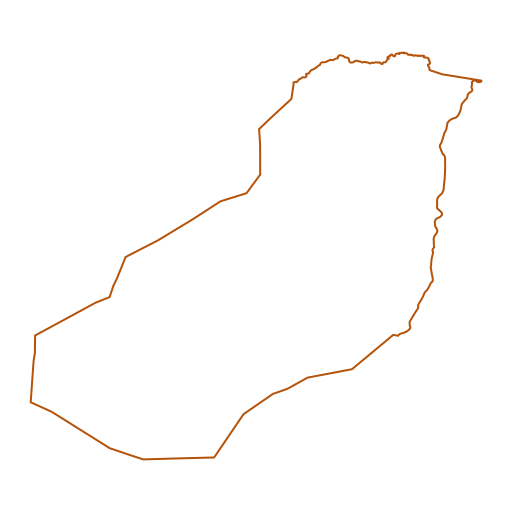 Gurvanzagal, Dornod, Mongolia (Robinson projection)
{"feature_id": "93677404B26424401044934", "entity_name": "Gurvanzagal", "entity_type": "district", "adm_level": 2, "iso_a3": "MNG", "parent_name": "Mongolia", "parent_adm1": "Dornod", "projection": "robinson", "projection_center": [115.314, 49.24], "detail": "fine", "context": "isolated", "style": "outline", "palette": "amber", "viewbox_px": 512, "rotation_deg": 0, "n_neighbors": 0, "source": "geoboundaries", "source_scale": "gbopen_adm2", "svg_char_len": 5730}
<svg xmlns="http://www.w3.org/2000/svg" viewBox="0 0 512 512"><path d="M481.3,80.6L442.2,74.3L429.9,70.2L429.5,69.7L429.3,69.0L429.3,68.4L429.3,67.8L429.2,67.4L428.2,66.2L428.3,65.7L428.1,65.3L428.0,65.0L428.0,64.8L428.2,64.6L429.2,64.2L429.8,63.5L429.9,63.1L430.0,62.2L429.8,61.9L429.3,61.3L429.1,60.9L429.1,60.5L429.1,60.0L428.6,59.6L428.6,59.4L428.5,58.4L428.4,58.2L427.3,57.7L426.3,57.6L425.2,57.5L424.9,57.5L423.8,57.3L423.7,57.2L423.7,56.9L424.0,56.6L424.1,56.0L424.0,55.9L423.5,55.7L422.7,55.7L422.2,55.7L421.7,55.8L420.8,55.8L420.4,56.0L420.0,56.0L419.6,55.7L419.4,55.6L418.9,55.6L418.7,55.6L417.9,56.0L417.4,55.9L417.2,55.8L416.9,55.6L416.6,55.4L416.1,55.3L415.8,55.4L414.7,55.4L414.2,55.5L413.9,55.8L413.6,55.7L413.3,55.5L413.0,55.5L412.2,55.0L411.7,54.8L411.3,55.1L411.0,55.1L410.4,54.7L409.4,54.6L408.8,54.9L408.3,54.9L407.6,54.2L407.4,53.9L406.8,53.4L406.5,53.3L406.1,53.2L405.4,53.3L405.0,53.3L404.9,53.1L404.2,52.6L403.7,52.6L403.4,53.1L403.0,53.0L402.3,52.8L402.0,52.7L401.7,52.7L401.3,53.0L400.7,53.0L399.9,52.9L399.5,52.9L399.4,53.0L399.4,53.4L399.4,53.7L399.4,53.8L399.1,54.0L398.8,54.0L398.4,53.5L398.2,53.5L397.6,53.4L397.0,53.6L395.9,54.0L395.7,54.2L395.3,54.8L395.0,55.4L395.1,55.6L395.0,55.9L394.9,56.2L394.7,56.3L394.1,56.3L392.7,55.6L392.6,55.1L392.5,54.9L392.4,54.8L392.0,54.6L391.4,54.5L391.1,54.6L390.9,54.9L390.4,55.5L390.2,55.5L389.9,55.5L389.6,55.6L389.4,55.8L389.5,56.3L389.4,56.5L389.1,56.6L388.0,56.9L387.6,57.3L387.4,57.6L387.4,57.9L387.5,58.1L388.0,58.6L388.4,58.8L387.6,59.2L386.9,60.4L386.1,61.3L385.8,61.9L385.4,62.3L385.0,62.4L384.1,62.3L383.8,62.3L383.1,62.6L382.7,62.8L382.6,63.2L382.5,63.4L382.6,63.6L382.5,63.8L382.4,64.0L382.0,64.0L381.4,63.7L381.0,63.7L380.3,63.3L380.1,63.0L379.7,62.5L379.4,62.3L378.9,62.3L378.0,62.6L377.4,62.6L377.1,62.5L376.7,62.4L375.9,62.3L375.3,62.3L373.7,62.9L372.1,62.7L371.6,62.7L370.5,63.4L370.1,63.4L369.2,63.2L368.0,62.6L367.6,62.5L366.2,62.3L364.7,62.0L363.8,61.9L362.4,62.5L361.7,62.3L360.2,61.5L359.8,61.4L358.7,61.4L358.3,61.2L358.0,60.9L357.0,60.8L356.3,60.9L355.7,60.8L355.3,60.8L354.9,61.0L353.7,62.0L352.9,62.4L351.8,62.5L351.1,62.6L350.6,62.5L350.1,62.3L349.7,62.0L349.4,61.6L348.8,60.0L348.8,59.8L348.9,59.1L348.7,58.6L348.5,58.3L348.1,58.0L346.9,57.6L345.0,57.3L344.1,56.7L343.3,56.0L342.9,55.9L341.8,55.6L341.0,55.4L340.6,55.3L339.7,55.2L339.4,55.3L338.7,55.8L338.1,56.4L337.9,56.7L338.0,57.1L337.9,57.6L337.7,57.9L337.6,58.3L337.3,58.4L336.3,58.5L336.0,58.5L335.4,58.9L334.8,59.1L333.2,60.0L332.7,60.1L332.3,60.1L330.4,59.8L330.0,59.9L329.1,60.6L328.0,60.7L327.1,61.3L326.4,61.8L325.9,62.0L325.2,62.2L322.2,62.3L321.6,62.5L320.9,63.0L320.5,63.6L320.1,64.3L320.1,64.6L319.9,65.0L318.6,65.6L317.7,66.2L317.2,66.8L316.1,67.6L315.7,68.1L314.4,68.6L313.6,69.2L313.0,69.5L312.1,69.8L311.2,70.3L310.7,70.7L310.4,71.0L309.9,71.6L309.5,72.2L309.3,72.5L309.0,73.2L308.9,73.3L308.4,73.5L306.3,73.9L306.1,74.1L306.0,74.4L306.1,74.8L306.4,75.2L306.5,75.7L306.5,76.2L306.4,76.4L305.7,77.1L305.0,77.4L304.4,77.4L303.9,77.4L303.2,77.2L302.9,77.2L302.5,77.3L302.0,77.7L300.4,78.8L299.5,79.1L299.1,79.3L298.8,79.6L298.7,79.9L298.4,80.3L298.2,80.5L298.0,80.9L297.4,81.5L296.9,81.6L296.7,81.8L296.4,82.1L296.2,82.1L295.5,81.9L294.9,82.0L293.5,82.5L293.6,84.0L291.4,98.9L272.1,116.7L259.1,129.1L260.1,144.6L260.2,174.6L246.5,193.2L220.3,201.4L192.9,219.2L157.9,240.4L125.6,257.0L117.3,277.6L113.4,285.8L109.6,297.1L95.6,302.7L35.1,335.5L34.9,352.7L33.6,361.0L30.7,402.3L51.5,411.7L109.7,448.2L127.4,454.2L143.2,459.4L181.8,458.3L214.0,457.5L215.9,454.9L243.5,414.2L272.9,393.9L287.4,388.8L307.6,377.6L352.0,369.2L393.2,334.9L398.0,335.7L399.5,334.2L401.3,333.5L404.5,332.5L405.9,331.9L407.7,330.8L409.4,329.4L410.3,327.8L410.2,326.6L409.8,325.6L409.6,323.7L409.7,321.7L415.0,312.8L417.6,309.0L418.1,308.0L418.2,306.8L418.1,305.8L418.2,305.0L418.4,304.4L421.3,299.7L422.1,298.3L424.0,294.3L424.4,293.1L425.0,292.2L427.0,290.1L427.5,289.3L427.9,288.8L428.1,288.4L428.5,287.8L428.9,286.8L429.5,285.8L430.2,284.2L430.7,283.4L431.0,282.8L431.8,282.2L432.3,281.5L432.8,280.5L432.7,278.2L432.4,276.7L431.7,273.2L430.7,267.2L431.0,265.8L431.1,264.8L431.4,260.7L431.9,257.5L433.0,253.1L432.9,251.8L432.5,250.3L432.6,249.4L433.5,248.2L434.1,247.2L433.8,243.9L433.8,241.8L433.6,239.4L433.9,237.5L434.1,237.2L434.4,236.2L434.8,235.5L435.7,234.5L436.4,233.6L436.9,232.6L437.4,231.1L437.2,230.1L436.4,228.0L435.8,227.4L435.1,226.1L435.0,224.0L434.8,222.8L434.7,221.9L435.0,221.0L435.5,220.1L435.9,219.2L437.0,218.3L438.6,217.7L440.0,216.9L440.8,216.3L442.0,214.8L442.0,213.6L441.6,212.7L441.0,211.8L440.2,211.1L437.8,209.0L437.2,208.3L437.0,207.8L437.0,206.9L437.2,205.1L437.2,203.6L437.1,202.9L437.1,200.8L437.2,199.5L437.6,198.0L438.5,196.8L439.8,195.4L442.0,193.4L442.9,191.6L443.6,189.5L443.8,187.3L444.0,184.5L444.7,178.5L445.2,167.5L445.1,162.1L445.1,158.2L444.9,157.1L444.5,156.0L444.3,155.4L444.0,154.9L442.9,154.3L442.4,153.3L441.8,151.6L441.1,150.3L439.8,146.6L439.8,145.9L440.0,145.2L440.4,144.4L441.4,142.7L442.1,140.6L442.5,139.4L443.4,136.5L444.2,133.4L445.2,131.5L445.9,130.2L446.4,129.0L446.6,127.9L446.8,126.6L447.4,123.3L447.8,122.5L448.5,121.7L449.2,120.8L450.3,119.9L451.4,119.3L452.5,118.7L453.9,118.2L454.8,118.0L455.6,117.7L456.3,117.2L457.7,115.9L458.7,114.3L459.8,112.1L460.5,110.3L461.3,106.5L461.7,104.5L461.9,104.0L462.6,103.0L464.0,101.4L464.6,100.4L465.9,99.3L466.5,98.7L467.0,97.9L467.3,97.1L467.6,95.5L467.8,94.7L468.3,93.8L469.5,92.7L471.6,91.3L472.2,90.6L472.4,89.9L472.2,89.0L471.8,88.4L471.5,87.4L471.5,86.6L472.0,84.7L472.0,83.1L471.9,82.2L472.2,81.6L472.7,81.2L473.3,80.8L474.2,80.5L475.0,80.4L475.6,80.6L476.2,81.1L477.1,81.7L478.0,82.1L478.7,82.2L479.8,82.1L481.3,81.4L481.3,80.6Z" fill="none" stroke="#b45309" stroke-width="2"/></svg>